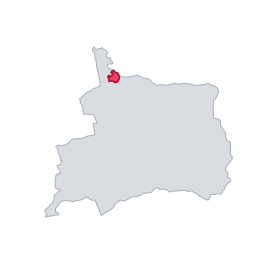 location of Kinshasa City within Democratic Republic of the Congo, rotated 79°
{"feature_id": "COD-1884", "entity_name": "Kinshasa City", "entity_type": "Neutral City", "adm_level": 1, "iso_a3": "COD", "parent_name": "Democratic Republic of the Congo", "parent_adm1": "", "projection": "natural_earth1", "projection_center": [15.874, -4.486], "detail": "fine", "context": "in_parent", "style": "filled", "palette": "rose", "viewbox_px": 256, "rotation_deg": 79, "n_neighbors": 0, "source": "natural_earth", "source_scale": "10m", "svg_char_len": 4783}
<svg xmlns="http://www.w3.org/2000/svg" viewBox="0 0 256 256"><g transform="rotate(79 128 128)"><path d="M208.9,171.0L192.2,174.1L192.5,175.2L192.3,176.3L191.9,177.2L190.2,179.6L187.6,181.8L187.6,182.3L188.9,184.8L189.6,188.1L189.4,194.1L189.7,195.7L189.6,196.9L188.8,198.3L187.0,205.4L188.1,208.9L191.3,212.1L193.2,214.5L196.5,215.3L197.0,215.2L197.2,213.2L199.8,212.4L199.6,225.2L199.4,225.9L199.0,226.0L198.3,225.6L198.2,224.4L197.5,223.9L194.3,225.5L193.5,225.4L192.6,225.1L192.0,224.5L191.8,223.5L189.6,219.8L188.6,219.6L187.4,216.2L182.4,213.8L180.5,213.6L179.5,212.9L178.6,210.2L176.9,208.6L176.6,206.7L176.2,206.4L175.2,206.8L174.3,209.8L173.2,210.5L171.1,210.5L166.0,209.7L162.4,208.1L161.4,208.2L160.0,206.9L159.4,204.6L159.8,202.8L159.5,202.6L153.9,204.1L152.6,204.9L151.3,204.7L150.9,204.2L151.5,203.0L151.2,201.7L150.8,201.1L149.2,200.6L148.7,199.2L147.7,199.0L147.3,199.2L147.1,200.2L146.5,200.5L143.1,200.0L139.6,201.3L135.0,200.9L132.8,202.4L132.5,202.4L132.0,201.6L131.6,199.2L131.8,198.6L132.5,198.1L132.8,197.1L132.6,194.6L132.7,194.1L132.5,192.6L131.8,190.3L130.9,188.5L128.8,185.7L128.4,184.3L128.6,181.2L129.3,176.2L129.2,172.6L128.3,170.2L128.2,167.6L128.7,162.9L128.2,161.8L117.6,161.4L117.2,161.1L117.0,160.5L117.5,157.7L111.0,158.4L109.1,158.9L107.9,160.1L107.5,161.5L107.5,163.5L106.5,165.4L106.2,168.6L104.4,169.0L102.6,169.0L99.2,168.3L95.9,169.2L94.2,170.1L93.4,169.7L90.4,170.0L90.0,169.8L86.5,163.4L85.0,161.2L84.7,160.2L84.8,159.2L84.4,157.9L82.8,154.6L82.5,153.0L82.6,150.6L82.4,149.8L81.0,147.7L80.0,147.1L79.0,146.7L61.7,147.0L56.0,146.6L51.8,146.9L49.7,146.7L49.1,146.4L47.2,146.8L46.2,147.7L44.7,148.1L43.8,148.0L42.0,145.6L44.5,145.2L44.6,144.9L44.8,139.2L44.1,138.4L45.5,137.4L47.6,134.9L49.6,134.0L49.9,133.5L50.3,133.5L51.1,134.6L52.8,136.0L55.0,134.7L55.3,134.4L55.6,132.0L56.1,131.7L57.0,132.3L57.6,132.3L58.5,131.6L61.3,130.3L62.2,131.9L61.4,133.3L61.7,134.3L61.8,135.9L62.3,136.2L64.5,136.4L65.1,136.0L69.5,130.4L70.7,129.8L72.5,127.5L75.0,126.5L76.1,124.8L77.5,121.6L78.1,117.1L77.9,109.2L78.1,108.2L81.0,104.7L84.1,98.2L86.1,96.6L87.7,95.9L90.1,93.5L92.0,91.2L91.7,88.3L92.1,86.0L93.2,83.0L93.5,79.8L93.2,76.5L93.3,73.8L94.7,69.4L94.8,64.4L96.1,60.2L98.6,54.9L99.8,50.9L99.6,47.0L99.9,44.1L99.8,42.5L99.3,41.0L99.5,40.1L100.5,39.7L101.7,38.2L103.8,34.4L106.1,32.5L107.7,31.9L109.4,32.0L110.5,32.3L112.2,33.8L114.2,35.0L115.8,36.5L117.2,38.8L120.8,39.4L122.4,40.2L123.3,40.5L123.7,40.3L124.4,40.4L126.1,41.1L127.4,40.7L134.1,42.3L134.8,41.5L136.7,37.5L138.0,36.1L140.3,36.0L142.1,36.7L143.0,36.7L151.2,33.3L152.2,33.1L155.2,34.0L157.1,33.4L157.9,33.6L159.5,33.0L160.9,30.6L162.0,30.0L173.7,32.6L175.5,31.3L176.3,31.2L178.9,32.1L179.7,33.6L181.3,34.8L182.4,36.9L184.2,38.1L185.1,39.2L186.1,40.0L188.2,40.3L190.9,38.4L192.8,38.6L194.7,39.6L195.4,39.6L196.8,38.5L197.6,37.3L198.3,37.0L199.5,37.5L200.4,38.6L201.2,40.3L204.2,43.9L207.0,45.4L207.7,47.6L208.7,47.4L209.3,47.6L210.0,49.0L210.5,49.3L210.6,49.8L209.9,51.2L209.3,53.7L210.1,55.2L209.4,57.5L209.1,59.8L210.0,60.4L211.2,60.3L212.2,61.5L213.1,61.7L214.0,63.0L213.8,64.1L211.0,67.9L206.8,72.5L205.4,73.1L204.7,73.9L204.2,75.3L202.9,76.4L202.0,76.9L201.9,80.2L200.5,83.7L200.0,84.4L199.2,90.1L199.3,91.0L198.6,95.6L198.7,99.9L196.6,101.3L195.2,103.4L194.6,104.9L194.6,108.4L192.3,110.5L192.2,111.0L192.7,113.4L193.6,113.8L193.6,114.7L195.5,117.3L195.3,125.5L195.4,126.3L196.4,128.2L197.0,131.9L196.3,136.6L198.8,145.2L197.6,148.4L198.1,151.4L199.6,154.5L203.2,157.7L204.1,158.9L205.0,160.7L205.8,163.4L208.9,171.0Z" fill="#d9dde1" stroke="#a8b0b8" stroke-width="1"/><path d="M68.5,131.6L68.8,131.1L69.0,130.8L69.2,130.6L69.4,130.5L69.6,130.3L70.6,129.8L71.0,129.6L71.3,129.4L71.5,129.1L71.8,128.0L71.9,127.8L72.1,127.7L73.5,127.1L73.9,127.1L74.3,127.0L74.7,126.9L75.1,126.6L75.7,127.0L76.0,127.1L76.8,127.0L77.5,127.0L77.9,127.1L78.1,127.2L78.5,127.6L79.7,128.3L79.8,128.4L80.2,129.1L80.3,129.3L80.6,129.6L80.8,129.7L80.9,129.8L81.0,130.1L81.0,130.4L81.0,130.5L81.1,130.9L81.1,131.0L81.0,131.3L80.9,131.5L80.8,131.9L80.7,132.1L80.6,132.3L80.6,132.5L80.2,132.5L79.9,132.8L79.0,134.7L78.6,135.3L78.5,135.5L78.5,135.9L78.6,136.5L78.7,137.7L76.5,137.5L76.0,137.3L75.6,137.1L75.4,136.9L75.2,136.8L75.1,137.0L75.1,137.3L75.1,137.6L75.0,137.8L74.9,137.9L74.8,138.0L74.6,138.0L74.4,138.0L74.0,137.9L73.7,137.8L73.5,137.6L73.2,137.4L73.0,137.2L72.9,137.0L72.7,136.8L72.7,136.6L72.8,136.5L73.2,136.4L73.3,136.4L73.5,136.2L73.7,135.9L73.7,135.4L73.7,135.1L73.9,134.7L73.8,134.4L73.7,134.2L73.3,133.9L73.1,133.7L73.3,133.3L73.3,133.2L73.2,133.0L72.9,133.0L72.5,133.0L71.6,132.8L71.3,132.8L71.1,132.8L70.9,132.9L70.9,133.0L70.8,133.3L70.8,133.5L70.8,133.8L70.7,133.9L70.7,134.0L70.4,134.1L70.1,134.0L70.0,133.9L69.6,133.5L68.5,131.6Z" fill="#f43f5e" stroke="#9f1239" stroke-width="1.5"/></g></svg>